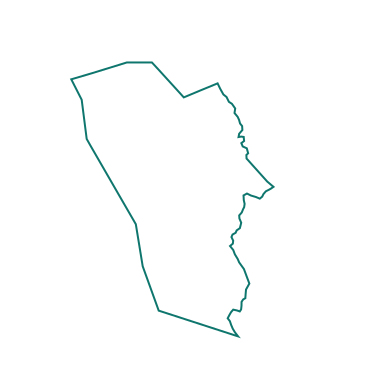 outline of Juazeirinho, Paraíba, Brazil, rotated 157°
{"feature_id": "56859067B91573865161929", "entity_name": "Juazeirinho", "entity_type": "district", "adm_level": 2, "iso_a3": "BRA", "parent_name": "Brazil", "parent_adm1": "Paraíba", "projection": "equal_earth", "projection_center": [-36.608, -7.042], "detail": "fine", "context": "isolated", "style": "outline", "palette": "teal", "viewbox_px": 384, "rotation_deg": 157, "n_neighbors": 0, "source": "geoboundaries", "source_scale": "gbopen_adm2", "svg_char_len": 1286}
<svg xmlns="http://www.w3.org/2000/svg" viewBox="0 0 384 384"><g transform="rotate(157 192 192)"><path d="M126.0,282.0L144.3,282.2L162.6,282.3L166.0,292.1L175.3,318.6L178.3,326.9L201.3,336.7L237.4,340.4L259.1,342.9L257.5,320.0L268.2,282.0L267.4,274.8L260.2,216.0L256.3,184.3L257.0,181.4L266.4,142.9L269.0,95.8L206.0,41.1L207.3,46.0L207.9,50.2L207.9,54.4L207.6,58.3L208.5,61.8L205.2,64.5L202.9,66.2L200.0,67.6L196.9,65.4L194.7,63.4L192.7,64.7L190.9,67.9L189.3,71.5L186.9,73.1L184.4,73.4L182.4,77.3L180.4,81.1L175.0,85.3L174.3,100.8L175.3,105.2L176.1,108.8L176.1,112.4L176.9,117.9L176.7,122.5L178.1,127.4L174.6,128.5L173.1,131.1L173.3,135.1L171.3,137.0L167.8,137.4L165.9,139.2L162.1,140.0L160.4,142.2L158.7,144.5L158.7,149.1L157.7,152.0L154.2,153.7L151.8,156.1L149.9,157.7L148.2,160.5L147.5,164.3L145.9,168.7L142.0,169.1L139.1,165.7L135.1,162.4L132.2,159.4L129.2,160.3L127.0,162.2L123.7,163.8L120.5,164.0L117.9,164.3L115.0,164.9L118.7,172.3L128.7,201.5L127.5,204.8L125.2,205.7L124.5,210.8L127.5,214.1L127.5,217.7L124.1,218.6L122.9,222.5L125.1,223.8L127.7,224.4L125.8,227.2L121.4,229.4L120.1,233.1L121.0,236.3L120.5,240.0L120.6,243.3L122.0,248.1L119.6,252.0L120.8,257.6L122.8,260.6L123.1,266.0L125.0,269.5L125.7,276.0L126.0,282.0Z" fill="none" stroke="#0f766e" stroke-width="2"/></g></svg>